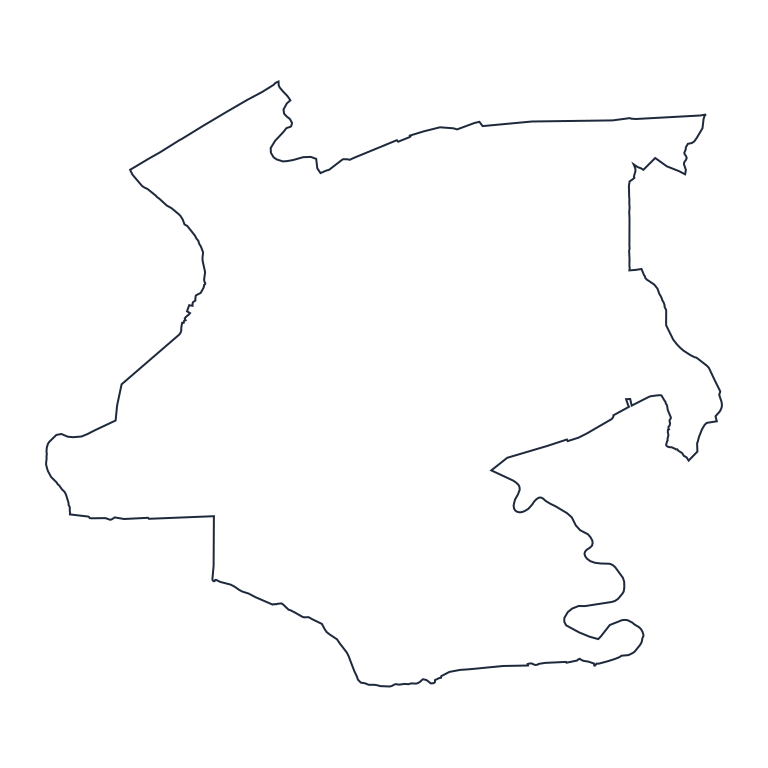 the district of Dolhasca, Suceava, Romania
{"feature_id": "2599482B12966285946055", "entity_name": "Dolhasca", "entity_type": "district", "adm_level": 2, "iso_a3": "ROU", "parent_name": "Romania", "parent_adm1": "Suceava", "projection": "equal_earth", "projection_center": [26.629, 47.417], "detail": "fine", "context": "isolated", "style": "outline", "palette": "slate", "viewbox_px": 768, "rotation_deg": 0, "n_neighbors": 0, "source": "geoboundaries", "source_scale": "gbopen_adm2", "svg_char_len": 6083}
<svg xmlns="http://www.w3.org/2000/svg" viewBox="0 0 768 768"><path d="M130.1,169.8L132.5,174.7L142.1,186.0L144.9,187.8L147.4,188.9L156.0,195.8L156.8,196.9L159.1,198.5L166.6,205.4L171.4,208.1L178.9,214.3L180.5,216.0L182.7,219.5L184.5,224.4L187.3,226.0L195.0,235.7L196.2,238.2L198.3,240.8L199.2,243.8L200.9,246.5L203.1,252.4L202.5,257.8L202.6,260.7L205.1,272.2L204.1,279.5L204.4,281.5L205.3,283.4L205.1,284.2L204.2,284.8L203.7,287.5L200.7,292.9L196.1,295.3L195.6,296.1L195.6,297.4L195.2,299.3L195.5,300.2L195.2,300.7L193.0,302.2L192.6,303.4L192.5,305.8L189.2,305.2L187.0,311.3L190.0,313.1L188.9,314.5L186.0,316.8L184.7,318.5L184.7,318.8L185.6,320.2L184.0,321.0L183.7,322.8L182.1,322.8L181.3,327.6L181.2,330.9L180.3,333.3L179.1,334.7L121.6,384.3L117.1,405.5L115.6,420.5L94.8,430.3L87.6,434.0L81.5,436.5L73.1,437.2L67.7,436.7L61.4,434.0L56.4,434.9L49.2,441.9L47.9,443.9L46.8,447.6L46.5,451.1L46.8,454.5L46.5,456.0L46.6,458.8L46.1,462.8L46.1,464.6L47.2,468.9L48.0,471.2L51.1,477.0L56.6,482.4L57.5,484.0L59.2,485.5L62.0,489.4L64.4,491.7L65.9,494.3L68.5,502.7L68.6,504.9L69.8,507.2L69.8,511.5L70.1,512.6L69.9,514.4L87.7,516.5L88.7,516.7L89.8,518.1L91.7,518.3L105.4,518.1L109.6,519.6L110.7,519.7L111.6,519.4L114.8,517.4L124.0,519.0L148.1,517.8L148.9,518.8L213.9,516.2L213.6,566.0L212.4,579.1L212.7,580.4L213.6,581.2L214.6,581.1L215.1,580.1L215.9,579.8L220.2,581.9L230.6,584.6L234.5,586.6L239.2,589.9L242.4,591.6L248.5,593.5L255.3,597.1L272.6,604.6L273.6,604.1L274.8,604.4L275.9,604.0L276.3,604.2L277.6,603.8L281.5,603.4L283.1,604.5L288.6,609.7L290.3,610.2L294.7,612.4L302.7,617.0L304.1,617.3L308.7,617.2L312.2,619.2L321.9,623.9L324.8,629.4L326.7,632.1L329.6,634.4L337.0,639.3L339.7,643.3L346.7,652.4L348.4,655.6L354.3,671.1L356.8,676.3L357.9,679.6L360.8,682.6L365.0,683.3L368.7,684.8L374.4,684.8L377.5,685.3L380.2,686.1L389.8,686.5L392.0,685.9L394.2,684.6L395.6,684.2L397.4,684.3L398.9,684.7L404.4,683.9L408.4,684.2L411.2,683.4L416.3,683.6L418.5,682.8L420.3,681.6L422.6,679.4L423.4,679.3L426.6,680.1L430.8,683.4L432.8,683.3L434.1,682.9L434.9,682.2L435.0,680.1L439.6,677.9L441.0,677.8L441.3,676.1L449.4,671.9L460.1,669.9L468.9,669.3L502.9,666.0L528.0,665.5L527.7,664.0L530.2,663.4L532.4,663.6L533.1,664.3L535.7,665.0L537.8,664.6L538.6,663.9L545.0,662.9L566.0,661.9L566.5,662.7L577.2,660.5L578.0,659.5L579.8,658.8L580.6,659.5L583.6,660.9L588.3,661.6L593.9,663.5L594.3,665.5L595.2,665.5L596.4,663.7L598.6,663.7L607.9,661.2L615.1,658.9L619.5,657.1L621.5,655.7L628.5,655.1L632.8,653.0L634.8,651.5L640.1,644.9L641.7,642.0L642.5,637.9L643.4,636.1L643.4,634.8L642.5,631.8L640.9,629.0L638.9,627.1L634.5,624.5L632.3,622.6L627.6,620.2L625.0,619.9L622.2,620.1L609.8,625.0L600.7,636.6L598.2,639.1L589.6,636.7L578.9,632.3L566.1,625.3L564.3,621.8L564.3,618.0L567.8,612.1L572.1,608.6L578.6,606.0L584.9,606.1L611.5,602.0L614.9,601.0L618.0,598.9L622.3,593.8L623.6,591.7L624.0,589.8L624.3,587.4L624.2,581.8L622.9,577.8L615.2,567.2L612.9,565.2L610.5,564.0L608.6,563.7L600.9,563.5L595.0,562.8L590.2,561.1L587.0,558.7L585.3,556.4L584.5,553.9L585.0,551.8L586.5,549.9L590.1,547.5L592.0,545.7L592.6,543.2L592.4,540.8L590.6,537.4L588.0,534.3L580.1,530.2L575.8,525.4L571.8,517.4L567.1,513.2L555.4,506.2L550.6,503.9L545.9,501.1L542.7,498.3L540.8,497.5L538.8,497.7L536.4,499.2L534.1,501.6L532.2,504.5L528.5,508.7L525.0,510.9L522.6,511.9L520.0,512.4L517.2,511.8L515.3,510.6L514.1,508.7L513.6,505.7L514.3,502.3L515.1,499.4L518.0,494.3L519.7,489.8L519.5,487.1L518.7,485.2L516.4,482.8L513.2,480.6L491.3,470.4L507.2,457.8L547.4,445.9L566.9,439.5L567.7,441.1L578.4,437.7L586.6,433.6L611.8,419.0L613.0,417.3L613.5,416.0L613.4,415.3L629.0,406.8L628.1,405.1L626.1,399.2L630.2,399.0L631.7,405.6L648.4,397.1L650.4,396.3L656.8,395.4L660.4,395.2L661.5,395.5L664.3,400.3L665.5,401.9L665.7,403.2L667.0,405.4L667.8,410.1L670.9,417.5L670.7,418.5L669.5,420.3L669.7,422.2L670.1,423.2L669.7,425.3L668.4,427.1L668.5,428.6L669.0,429.4L667.9,430.0L667.8,432.4L668.3,434.3L668.3,436.0L667.5,438.7L667.7,440.4L667.1,441.2L666.1,444.8L666.7,446.0L667.6,446.6L668.9,447.1L671.7,447.3L674.9,448.7L675.9,449.4L677.2,449.3L678.5,450.9L680.3,451.9L682.2,453.2L683.8,455.8L686.6,457.4L688.6,460.6L697.4,451.6L697.1,443.3L697.9,441.2L698.8,437.5L701.9,429.5L704.6,424.9L706.7,422.9L716.8,421.3L715.5,416.3L719.9,411.3L721.2,408.7L721.8,406.6L721.9,404.5L721.6,402.1L719.2,394.8L720.2,391.8L720.1,391.1L714.7,380.2L708.9,367.9L707.2,366.0L696.4,357.6L694.8,357.3L690.2,355.0L683.6,350.7L680.2,347.8L676.7,344.1L673.2,339.6L666.1,325.2L666.2,310.2L664.5,306.6L664.6,305.4L664.3,304.3L663.6,302.4L662.2,300.0L661.9,298.7L660.6,295.9L659.4,294.0L657.5,288.7L654.3,284.6L646.7,279.5L645.3,277.9L644.8,276.1L644.0,275.1L641.5,269.0L635.6,269.9L629.4,270.4L629.7,267.6L629.4,265.9L629.5,258.3L629.1,251.0L629.6,248.4L629.4,245.8L629.5,218.4L629.2,212.1L629.6,207.9L629.3,203.5L629.4,198.7L629.2,197.6L628.9,186.0L629.6,181.4L632.3,179.6L634.4,177.8L633.9,176.5L635.4,171.3L635.5,169.8L635.0,167.5L633.6,164.3L637.5,167.0L641.0,168.3L643.4,169.8L655.2,158.0L666.8,166.3L679.1,171.2L685.1,174.3L685.9,170.0L684.0,164.4L684.0,163.1L684.5,161.8L686.0,159.8L686.7,158.0L685.9,155.9L684.5,153.9L684.3,152.7L685.7,149.6L685.8,147.4L687.9,143.8L691.6,143.1L694.1,141.6L696.7,138.0L702.5,128.2L703.6,118.8L704.7,115.5L706.0,114.5L700.1,115.5L636.0,119.0L631.2,118.7L629.9,118.1L612.6,120.4L532.0,121.5L482.6,126.1L479.4,121.8L474.4,123.0L457.1,129.4L453.4,128.3L440.0,127.3L423.9,131.3L411.2,135.2L409.9,135.6L410.4,136.5L410.1,136.9L398.2,141.7L396.8,140.2L353.1,158.2L349.8,159.8L347.4,159.3L343.2,159.2L342.1,159.8L329.1,169.8L326.4,170.5L320.5,173.1L317.3,168.3L316.2,158.9L310.8,156.9L303.1,157.2L293.2,160.0L287.2,161.1L282.8,161.4L276.6,159.4L273.6,157.3L270.9,152.8L270.7,148.0L275.2,140.7L283.0,132.4L286.6,128.0L290.7,126.7L291.5,125.4L292.0,122.8L289.9,119.0L286.6,116.4L284.1,113.7L283.5,109.5L286.9,103.3L290.4,100.3L287.4,96.0L282.7,91.1L279.6,87.4L278.7,85.2L278.5,81.5L275.4,82.9L273.7,84.8L262.1,92.0L247.4,99.8L225.2,112.7L202.2,126.4L180.9,139.5L180.5,139.5L159.7,152.5L148.7,158.7L130.1,169.8Z" fill="none" stroke="#1e293b" stroke-width="2"/></svg>